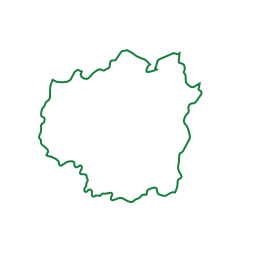 Dordogne, Robinson projection, rotated 150°
{"feature_id": "FRA-5286", "entity_name": "Dordogne", "entity_type": "Metropolitan department", "adm_level": 1, "iso_a3": "FRA", "parent_name": "France", "parent_adm1": "", "projection": "robinson", "projection_center": [0.813, 45.142], "detail": "fine", "context": "isolated", "style": "outline", "palette": "green", "viewbox_px": 256, "rotation_deg": 150, "n_neighbors": 0, "source": "natural_earth", "source_scale": "10m", "svg_char_len": 3458}
<svg xmlns="http://www.w3.org/2000/svg" viewBox="0 0 256 256"><g transform="rotate(150 128 128)"><path d="M46.0,167.0L50.9,160.0L51.0,158.7L48.7,156.3L48.1,155.0L48.3,153.0L49.0,151.3L50.1,149.9L51.4,148.8L52.0,148.0L51.6,146.0L51.9,144.8L55.0,138.6L54.7,136.0L53.1,132.3L51.1,130.7L43.8,130.7L46.1,127.7L47.0,127.1L47.5,126.3L47.6,125.5L46.8,124.2L46.4,123.2L46.2,122.7L47.6,120.7L55.8,116.8L57.0,116.5L58.0,116.4L58.9,116.6L60.8,117.4L61.7,117.7L62.7,117.5L63.7,117.1L64.8,116.3L65.7,115.3L66.6,113.0L66.8,112.4L67.2,111.9L67.8,111.3L70.9,110.3L72.5,109.5L74.5,107.9L75.8,106.7L76.5,105.0L76.6,103.9L76.2,100.1L76.3,98.2L76.6,96.5L78.0,91.2L78.8,89.5L79.4,88.6L80.2,87.8L91.6,80.6L94.0,79.9L94.9,80.1L95.6,80.1L96.6,79.4L97.8,77.9L101.2,72.7L103.9,69.5L104.6,68.4L105.3,66.4L105.5,65.2L105.6,64.0L105.5,60.9L105.7,60.0L106.0,59.1L106.7,58.5L108.1,58.1L109.1,58.2L110.3,58.1L111.4,57.3L113.6,54.0L115.5,51.8L119.4,48.6L121.6,50.1L124.7,50.6L128.2,50.4L129.3,50.5L130.5,51.1L132.1,52.5L134.6,55.3L134.8,56.3L134.8,57.3L133.6,61.0L133.5,61.9L134.4,62.9L136.2,63.7L140.0,64.5L141.9,64.3L143.2,63.8L144.4,62.0L145.1,61.3L146.0,61.2L147.1,62.1L148.1,62.7L149.6,62.8L153.1,61.8L154.1,61.8L157.1,62.3L157.9,62.3L160.0,61.9L161.3,61.9L162.3,62.3L163.4,63.2L165.0,65.1L167.6,69.4L168.4,70.4L169.7,71.3L171.9,72.1L176.6,72.8L177.6,73.2L178.2,73.9L178.3,75.1L177.8,76.0L176.8,76.8L175.3,77.8L175.1,78.1L174.7,78.6L174.6,79.4L175.1,80.2L176.2,81.0L178.6,81.7L180.2,82.3L182.8,83.9L186.1,83.3L189.1,85.3L189.7,85.7L191.0,85.5L191.8,85.7L192.7,86.2L193.1,87.1L192.7,88.3L192.1,89.3L191.4,90.3L190.9,91.2L190.8,92.2L191.1,93.1L192.1,94.0L193.1,94.1L194.2,93.9L195.2,93.6L196.2,93.6L196.9,94.1L197.2,95.0L196.8,96.3L196.0,97.2L193.1,98.9L191.4,101.1L189.7,102.1L189.0,102.8L188.7,103.7L188.6,105.4L188.2,106.3L187.8,107.1L187.8,108.1L188.3,109.1L189.9,110.4L191.4,111.1L192.2,112.0L192.0,113.1L191.2,114.0L188.2,116.2L187.7,117.0L187.3,117.8L187.4,118.6L187.7,119.3L188.9,119.7L191.2,119.5L192.1,119.6L192.9,120.3L193.2,121.5L193.1,122.5L192.7,123.4L192.1,124.2L191.8,125.0L192.0,126.0L193.0,127.0L195.2,128.3L196.7,128.8L198.0,129.1L204.4,128.8L205.2,129.1L205.7,129.7L205.7,131.2L205.2,132.3L204.9,133.3L204.9,134.4L205.3,135.6L206.1,137.6L207.4,139.2L208.2,140.8L209.0,141.8L211.0,143.2L212.2,145.3L209.0,147.4L208.4,149.7L210.9,156.9L210.8,158.5L210.3,159.7L209.5,160.7L209.5,161.7L209.9,163.0L209.8,163.9L209.4,164.9L208.6,165.7L205.5,168.1L204.7,169.1L203.8,170.4L202.5,172.9L201.6,174.1L200.5,174.7L199.5,174.6L198.4,174.8L197.3,175.4L195.9,177.2L195.5,178.4L195.7,179.4L196.3,180.1L196.9,181.0L196.8,182.5L196.1,183.9L194.3,186.1L193.0,187.3L191.7,188.0L189.6,188.7L188.7,189.4L187.1,190.8L186.1,191.3L185.1,191.6L183.0,191.8L181.9,192.2L180.3,193.5L175.3,201.7L174.0,203.3L171.2,205.9L169.2,207.4L166.8,203.8L162.4,200.6L157.3,198.4L153.6,198.5L146.1,203.3L142.5,203.5L139.8,200.0L142.2,198.0L142.6,195.4L141.5,193.0L139.2,191.1L137.0,190.9L130.5,193.0L124.9,193.5L122.5,192.6L120.9,190.3L119.8,189.8L115.3,189.6L113.8,189.9L112.6,191.1L110.7,193.7L109.2,194.6L108.1,194.5L105.7,193.2L104.5,193.1L97.0,196.8L94.5,197.5L89.8,195.7L87.0,191.3L84.6,185.8L81.0,180.9L79.4,179.2L78.4,177.0L77.2,171.9L79.1,171.8L80.9,170.9L82.6,169.4L83.8,167.6L83.1,167.0L82.5,166.4L81.9,166.1L75.8,164.5L73.8,164.2L74.6,166.1L72.7,167.5L69.2,171.1L67.1,171.9L50.9,170.0L50.6,169.5L48.6,167.7L48.2,167.5L47.5,166.8L46.0,167.0Z" fill="none" stroke="#15803d" stroke-width="2"/></g></svg>